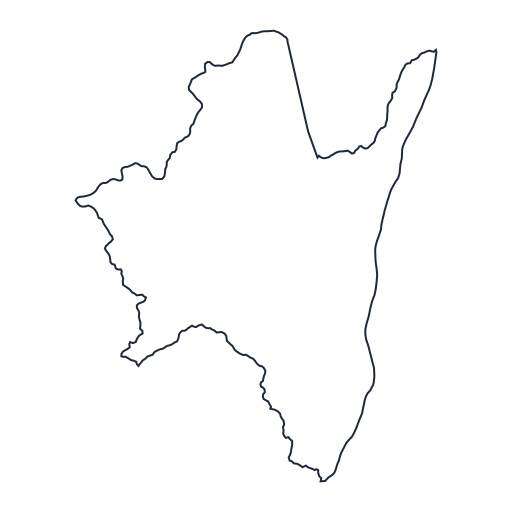 Manga, Minas Gerais, Brazil (Natural Earth projection)
{"feature_id": "56859067B62699928720183", "entity_name": "Manga", "entity_type": "district", "adm_level": 2, "iso_a3": "BRA", "parent_name": "Brazil", "parent_adm1": "Minas Gerais", "projection": "natural_earth1", "projection_center": [-44.106, -14.67], "detail": "fine", "context": "isolated", "style": "outline", "palette": "slate", "viewbox_px": 512, "rotation_deg": 0, "n_neighbors": 0, "source": "geoboundaries", "source_scale": "gbopen_adm2", "svg_char_len": 6017}
<svg xmlns="http://www.w3.org/2000/svg" viewBox="0 0 512 512"><path d="M436.0,49.9L433.7,51.8L429.4,50.7L426.9,51.3L424.6,52.5L422.3,53.0L419.9,54.7L418.3,57.4L416.2,58.7L414.3,59.7L411.9,60.2L410.1,63.2L407.7,63.4L405.5,64.6L404.3,67.2L402.7,69.6L401.7,71.5L400.9,73.4L399.9,76.3L399.0,79.4L397.6,81.9L396.6,84.5L396.6,87.8L394.9,91.3L392.5,92.8L392.1,95.4L392.3,98.0L390.5,101.0L388.7,103.3L387.8,105.4L387.5,107.9L387.6,110.9L387.3,113.8L387.0,119.8L385.9,123.2L385.3,126.2L383.2,127.7L381.0,128.3L377.7,132.4L375.2,138.6L374.7,141.1L373.5,142.9L371.6,144.3L367.6,148.1L365.4,148.6L363.0,147.6L361.4,146.1L359.3,146.4L357.9,148.7L355.5,150.5L354.1,152.9L352.1,153.6L349.6,151.8L347.3,150.6L345.6,151.1L343.5,151.3L339.4,151.5L336.6,152.4L334.4,153.6L332.9,154.7L331.0,155.5L329.2,157.0L326.5,157.8L323.6,158.3L321.0,157.4L318.9,155.8L317.5,157.6L308.1,131.4L288.2,44.5L287.6,42.4L287.4,39.7L286.0,37.3L283.9,36.2L282.3,34.7L278.2,32.2L276.5,31.7L273.9,30.7L268.2,31.2L264.0,31.3L261.6,31.6L258.6,32.6L255.9,33.2L253.4,33.1L251.4,33.2L250.0,34.7L247.9,35.4L245.8,37.0L244.1,39.5L243.1,41.3L242.1,43.6L241.2,46.5L240.2,49.5L237.3,55.5L235.6,57.4L234.0,59.7L232.3,62.4L229.3,63.2L226.2,64.5L223.7,65.3L221.9,65.9L219.9,65.6L217.7,65.5L215.5,65.9L213.5,65.2L211.6,63.8L209.9,62.1L207.7,62.0L205.2,63.6L204.8,67.0L205.3,69.4L205.3,71.9L203.5,73.0L201.5,73.6L199.2,74.8L197.3,75.9L195.5,77.3L193.6,78.3L191.9,79.4L189.8,84.8L188.7,86.9L189.0,89.8L193.2,94.1L196.8,99.0L199.9,101.3L202.0,104.1L201.9,107.6L200.3,109.8L198.3,112.2L196.8,114.8L194.6,120.3L193.5,123.6L191.1,125.9L190.1,128.6L190.2,131.9L189.8,134.0L188.0,136.3L184.8,137.7L183.2,139.5L181.3,141.0L179.0,141.8L177.2,143.1L176.6,146.0L176.4,149.2L174.8,151.9L172.5,152.2L170.3,154.8L169.8,157.9L168.5,159.5L166.8,161.7L166.7,165.3L166.1,167.5L165.2,169.3L165.0,172.7L164.3,176.4L162.1,179.0L157.3,179.1L154.7,178.5L152.3,176.6L149.8,172.4L148.4,169.9L146.8,167.5L144.4,166.3L141.3,166.1L137.3,163.5L135.1,163.2L132.6,164.7L127.9,166.7L125.1,167.0L122.7,167.9L121.3,170.3L121.9,173.2L122.6,176.8L122.3,179.6L120.6,180.6L118.2,180.4L116.3,179.6L113.3,179.0L110.3,179.9L108.6,181.4L106.9,182.6L105.0,183.0L103.2,182.9L100.9,184.0L99.1,185.8L97.7,187.9L96.1,190.5L93.7,192.8L90.2,194.8L88.3,195.4L83.9,196.5L81.1,196.7L78.2,197.3L76.5,198.7L75.6,200.4L77.6,203.4L80.1,205.9L82.2,206.6L85.2,206.5L88.1,205.5L91.0,206.6L93.3,208.1L95.1,210.0L97.0,212.9L98.7,217.9L100.5,218.5L102.1,219.6L103.9,224.0L107.1,228.8L108.5,231.1L110.0,234.2L111.9,236.2L112.9,239.2L110.9,241.7L109.0,243.0L107.5,244.7L105.9,246.0L104.9,248.5L106.4,251.2L108.4,253.6L109.7,256.1L110.2,259.5L110.5,262.4L112.2,264.1L114.6,264.6L115.9,268.5L118.4,269.6L120.6,269.3L121.8,271.0L121.3,273.6L122.4,276.1L123.2,278.6L122.8,281.1L123.1,284.9L127.6,287.9L129.5,289.3L131.0,290.9L132.4,292.6L134.4,293.4L136.7,295.3L142.4,294.7L144.0,296.4L146.0,297.5L145.0,300.4L143.3,301.8L138.7,303.5L136.9,305.2L136.9,307.9L138.5,310.5L139.3,313.5L138.9,316.0L139.4,319.4L140.5,322.7L140.3,325.9L140.0,328.7L142.4,330.9L142.6,333.5L140.7,334.6L138.6,336.2L137.1,338.7L135.7,342.0L133.0,343.1L130.1,342.1L129.3,344.2L129.7,347.3L127.2,349.2L124.8,350.4L122.8,351.8L121.5,353.7L121.4,356.3L123.5,356.9L125.4,356.6L127.2,357.7L128.8,358.6L131.0,360.1L134.1,360.8L136.4,362.0L136.8,364.1L138.5,366.0L139.9,364.0L142.8,360.3L145.3,358.7L147.4,356.6L150.0,355.6L152.6,354.7L154.4,352.1L156.1,351.1L157.9,350.2L160.1,349.3L162.8,348.7L165.3,347.0L167.1,345.9L169.0,345.5L171.7,344.5L174.4,342.6L177.2,341.3L178.6,337.7L179.1,334.3L180.6,332.0L182.3,330.8L184.1,330.8L185.9,330.2L187.9,328.3L190.1,326.9L192.0,325.6L193.7,326.6L196.1,327.1L197.9,325.8L200.1,324.9L202.2,324.6L203.6,326.2L206.0,327.8L208.3,328.3L210.1,328.1L211.9,329.4L214.3,330.5L216.7,332.5L221.7,332.0L224.7,333.7L226.2,335.9L226.6,338.8L227.0,341.0L228.8,342.6L230.6,344.4L232.4,345.9L233.8,348.1L234.8,350.0L236.9,351.6L239.9,353.6L243.4,355.1L245.7,354.7L247.7,355.8L249.9,357.3L253.1,358.7L255.0,360.8L256.4,362.9L257.9,364.6L259.9,366.0L261.8,366.2L263.7,367.8L265.3,370.7L265.1,373.4L264.1,375.6L263.4,378.4L262.9,381.0L261.1,382.3L260.4,384.4L261.1,386.6L262.9,387.5L264.6,389.5L264.8,392.4L263.1,394.2L262.9,397.0L263.7,399.0L265.9,400.3L268.2,401.5L269.5,404.2L271.1,406.8L270.3,408.7L274.7,409.7L277.2,410.9L280.0,413.5L280.7,416.3L281.9,418.6L283.6,420.7L284.2,424.5L283.0,427.2L283.6,430.7L283.2,433.8L284.1,435.8L285.9,437.9L288.4,437.1L289.7,438.9L292.1,440.9L292.2,444.1L291.9,446.4L291.4,448.9L290.9,452.2L290.0,454.9L288.7,457.5L289.7,460.6L292.2,461.5L293.9,463.4L297.2,463.8L300.1,465.4L302.6,467.2L305.8,465.6L308.2,467.4L310.8,468.3L312.9,469.1L314.6,470.1L316.4,469.2L318.2,470.2L318.2,473.2L319.3,476.3L321.3,478.2L320.6,481.3L325.1,481.0L328.2,477.7L330.2,476.2L332.0,475.2L334.0,473.3L335.3,470.7L336.3,467.8L336.9,465.4L337.8,462.9L338.9,460.5L339.5,458.3L340.1,455.8L341.3,452.7L345.8,443.9L347.1,442.0L349.3,439.5L351.3,437.4L352.5,435.8L354.8,431.4L356.2,428.2L359.0,420.7L361.7,414.3L362.4,411.9L363.4,406.4L364.0,404.3L364.5,401.3L365.5,397.6L366.5,395.3L367.8,393.0L369.5,391.3L370.7,389.5L371.7,387.4L372.9,385.4L373.7,382.6L374.3,377.4L374.3,374.2L374.0,368.1L373.4,365.4L372.7,363.2L371.3,357.4L369.7,351.4L369.0,348.4L367.9,344.5L366.7,341.3L365.8,337.6L365.3,333.5L365.4,329.0L366.1,325.7L366.9,322.3L368.0,318.9L368.8,315.8L369.3,313.6L369.7,311.4L370.3,308.4L371.2,304.6L372.1,301.2L373.1,298.5L374.4,295.4L375.0,292.8L375.6,289.8L376.3,284.6L377.1,276.6L377.1,274.0L376.6,268.5L375.7,262.2L375.4,257.4L375.3,254.0L375.2,250.2L375.4,247.3L376.0,244.5L377.0,241.1L378.9,235.6L380.9,229.8L381.2,227.0L381.4,224.6L383.0,217.5L384.1,213.1L384.8,210.0L386.4,204.5L387.0,202.1L388.6,197.5L389.2,195.3L389.9,192.9L391.5,188.9L395.9,181.1L398.0,178.3L399.5,173.8L400.4,164.3L401.8,158.4L402.2,149.5L402.8,146.6L405.1,141.1L406.7,138.1L408.7,134.6L413.0,126.7L416.6,117.8L421.3,108.3L424.5,99.7L429.0,89.8L430.4,85.8L432.1,79.5L434.2,67.9L436.4,52.3L436.0,49.9Z" fill="none" stroke="#1e293b" stroke-width="2"/></svg>